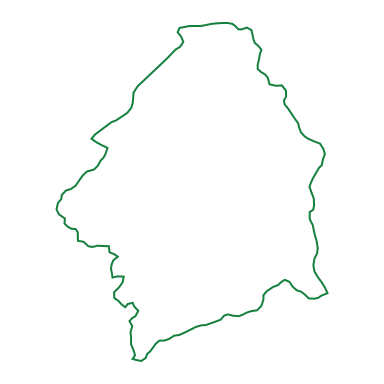 outline of Ipecaetá, Bahia, Brazil
{"feature_id": "56859067B33120756794131", "entity_name": "Ipecaetá", "entity_type": "district", "adm_level": 2, "iso_a3": "BRA", "parent_name": "Brazil", "parent_adm1": "Bahia", "projection": "orthographic", "projection_center": [-39.329, -12.308], "detail": "fine", "context": "isolated", "style": "outline", "palette": "green", "viewbox_px": 384, "rotation_deg": 0, "n_neighbors": 0, "source": "geoboundaries", "source_scale": "gbopen_adm2", "svg_char_len": 2456}
<svg xmlns="http://www.w3.org/2000/svg" viewBox="0 0 384 384"><path d="M321.8,165.2L323.0,159.1L324.9,154.1L323.3,148.8L320.0,143.6L314.4,141.5L308.1,138.7L304.7,136.4L301.1,132.6L299.3,128.0L298.0,123.0L295.1,119.1L291.7,114.0L287.6,107.9L284.8,104.7L283.9,100.5L286.1,96.6L286.0,90.8L281.9,85.4L276.1,85.8L269.5,84.3L267.9,78.0L265.3,74.6L260.9,71.9L257.7,69.0L257.7,64.6L259.0,59.6L259.9,54.1L261.4,49.7L258.6,46.2L254.7,42.8L253.3,38.8L252.6,35.1L251.4,30.0L246.7,27.6L242.1,29.3L238.2,29.3L235.7,26.4L232.4,23.9L227.9,23.0L222.3,23.0L216.4,23.4L211.3,23.9L205.3,25.2L200.4,26.0L195.7,26.0L189.3,26.0L184.6,27.0L179.5,27.9L177.7,32.3L181.3,36.9L183.3,41.9L180.1,46.8L175.4,49.7L167.6,57.9L159.2,65.9L137.5,86.4L133.5,92.8L133.2,98.0L132.7,102.9L131.2,108.0L127.4,112.7L123.7,115.4L119.8,117.9L116.1,120.4L111.4,122.2L95.0,134.5L91.5,138.8L96.2,142.1L101.6,145.1L107.5,147.9L105.5,154.0L103.4,157.8L100.7,160.5L97.8,165.8L93.9,169.6L87.0,171.5L82.9,175.3L79.9,179.4L75.6,185.7L70.8,189.1L66.1,190.4L61.7,195.1L61.3,199.0L57.9,203.1L56.5,209.4L58.9,214.3L64.9,218.5L64.5,223.5L67.6,226.6L71.3,228.7L75.6,229.1L77.8,232.3L77.8,236.6L78.0,240.9L83.5,241.7L88.3,246.2L92.2,247.0L97.7,245.7L104.5,246.1L108.8,246.2L109.6,252.4L114.3,254.2L117.8,256.7L113.3,260.3L111.6,264.6L111.0,269.0L111.9,273.3L112.5,277.5L117.6,276.4L123.7,276.6L122.6,282.3L119.0,287.4L114.1,292.2L114.3,298.0L118.4,300.9L121.7,304.5L125.2,307.2L127.8,304.0L132.6,302.8L134.4,306.7L138.3,310.8L135.4,316.2L132.2,318.1L129.5,321.1L132.3,326.1L130.5,332.2L131.1,337.9L131.0,344.0L132.4,347.5L134.0,351.5L135.0,355.3L132.6,358.9L136.2,360.0L141.2,361.0L145.7,358.0L147.3,353.8L150.2,351.3L153.2,347.3L155.5,344.0L159.4,340.6L164.3,340.6L169.2,338.9L173.9,335.8L179.5,334.9L187.1,331.4L195.9,326.9L201.6,325.3L205.7,325.1L220.5,319.8L224.2,315.6L227.9,314.4L233.0,315.7L238.7,316.2L242.5,314.8L246.4,312.7L251.0,311.2L257.0,310.3L261.3,306.0L263.4,299.9L263.5,295.1L267.1,290.9L273.2,286.9L277.8,285.2L281.4,282.0L284.7,279.8L289.4,281.8L292.6,286.6L296.8,290.3L301.1,291.7L304.9,294.6L308.7,298.4L314.2,298.7L318.3,297.8L321.4,295.6L327.5,293.2L325.3,288.2L321.8,282.5L317.9,277.2L314.4,271.4L313.4,265.1L314.4,258.7L317.1,253.3L317.7,248.4L316.7,241.4L315.0,235.4L314.0,231.3L312.8,225.2L309.7,219.1L309.7,212.0L313.2,209.8L314.1,205.1L313.8,198.6L311.3,192.0L309.5,186.9L311.1,182.2L313.2,177.8L316.3,172.5L319.1,167.7L321.8,165.2Z" fill="none" stroke="#15803d" stroke-width="2"/></svg>